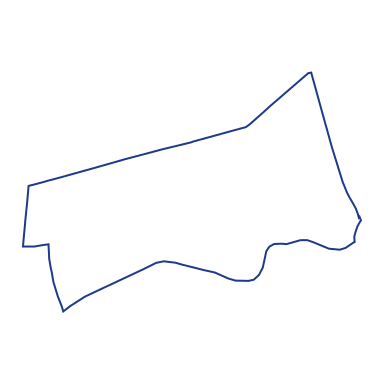 outline of Quan 5, Hồ Chí Minh city, Vietnam
{"feature_id": "81297802B17569327634169", "entity_name": "Quan 5", "entity_type": "district", "adm_level": 2, "iso_a3": "VNM", "parent_name": "Vietnam", "parent_adm1": "Hồ Chí Minh city", "projection": "equal_earth", "projection_center": [106.67, 10.756], "detail": "fine", "context": "isolated", "style": "outline", "palette": "blue", "viewbox_px": 384, "rotation_deg": 0, "n_neighbors": 0, "source": "geoboundaries", "source_scale": "gbopen_adm2", "svg_char_len": 1280}
<svg xmlns="http://www.w3.org/2000/svg" viewBox="0 0 384 384"><path d="M311.2,72.6L308.2,73.2L270.8,105.5L262.4,113.1L249.5,124.5L245.9,127.1L231.9,130.9L192.6,141.7L191.3,142.3L162.0,149.4L136.0,156.3L124.7,159.3L106.2,164.6L94.6,167.9L89.2,169.4L73.7,173.7L60.1,177.5L51.9,179.7L47.5,180.8L44.3,181.8L35.4,184.2L28.6,185.9L27.4,199.3L27.4,199.8L25.1,222.5L25.1,223.5L23.9,235.9L23.0,246.5L34.7,246.5L42.1,245.2L48.5,244.3L48.8,250.9L48.9,251.6L49.2,258.8L50.8,268.1L51.9,273.0L52.7,277.9L53.1,280.3L53.5,282.3L57.8,296.3L61.6,306.0L63.3,311.4L70.5,305.9L82.5,298.2L84.8,296.7L104.5,287.4L115.5,282.3L117.8,281.2L143.6,269.1L156.1,262.9L163.8,261.3L175.3,262.7L182.0,264.6L204.8,270.3L208.0,271.0L214.8,272.5L228.3,278.5L235.5,280.6L248.5,280.9L253.8,279.7L259.0,274.9L262.8,267.5L266.3,251.3L269.3,246.7L271.8,245.3L274.1,244.0L281.4,243.7L286.6,244.1L300.4,240.2L307.0,240.1L313.0,242.1L327.0,247.9L329.0,248.7L339.8,249.7L345.6,247.9L354.0,242.2L354.6,242.1L354.3,236.6L355.2,233.1L357.5,226.2L358.3,224.9L358.5,224.4L360.3,221.3L361.0,220.5L359.5,216.7L358.8,217.6L357.7,213.5L355.9,208.7L353.3,203.9L349.1,196.7L346.9,192.4L344.1,185.4L343.6,184.2L343.0,183.0L331.8,146.9L331.7,146.5L325.9,125.6L325.7,125.1L311.2,72.6Z" fill="none" stroke="#1e3a8a" stroke-width="2"/></svg>